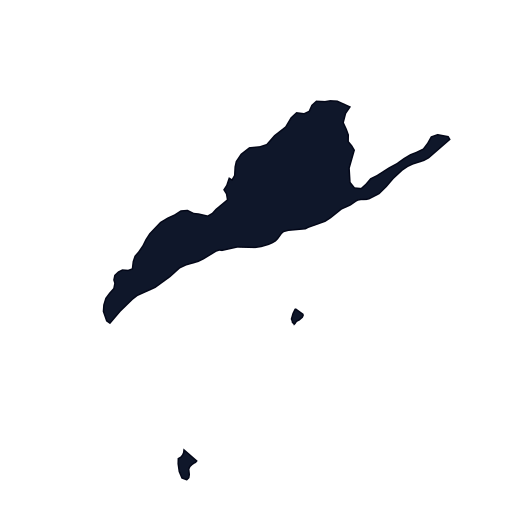 the County of Taitung, rotated 41°
{"feature_id": "TWN-1177", "entity_name": "Taitung", "entity_type": "County", "adm_level": 1, "iso_a3": "TWN", "parent_name": "Taiwan", "parent_adm1": "", "projection": "equal_earth", "projection_center": [121.163, 22.723], "detail": "fine", "context": "isolated", "style": "filled", "palette": "ink", "viewbox_px": 512, "rotation_deg": 41, "n_neighbors": 0, "source": "natural_earth", "source_scale": "10m", "svg_char_len": 2033}
<svg xmlns="http://www.w3.org/2000/svg" viewBox="0 0 512 512"><g transform="rotate(41 256 256)"><path d="M325.7,40.9L321.8,68.7L319.9,73.8L313.9,83.7L311.6,88.9L309.9,95.3L308.6,107.4L308.7,118.1L307.9,128.2L303.7,138.7L302.0,141.0L297.9,144.7L296.1,147.0L295.2,149.4L293.7,155.5L289.6,164.4L287.1,178.2L285.3,184.5L276.5,200.1L275.4,203.0L263.5,215.4L260.7,219.5L260.3,222.3L260.9,228.9L260.7,231.9L259.6,235.2L257.8,239.0L253.7,245.4L249.7,250.1L235.9,261.5L226.6,274.1L224.4,275.5L222.6,278.5L218.1,292.7L215.8,298.1L208.9,308.7L206.1,315.1L204.5,328.1L200.4,345.9L192.2,363.7L191.0,369.8L189.6,386.9L189.8,402.5L185.9,402.9L177.2,397.9L173.3,392.7L170.5,386.4L170.0,379.9L170.1,373.8L167.4,369.1L164.5,367.3L162.2,363.2L162.7,358.3L164.4,354.2L169.0,350.8L171.2,346.8L167.1,340.8L164.9,335.5L164.9,329.8L164.0,322.3L162.3,315.8L161.3,308.9L162.0,293.3L164.6,285.3L167.8,278.3L169.8,271.3L174.4,266.6L181.0,264.9L185.1,262.0L193.4,257.6L195.2,252.4L195.3,246.9L197.7,232.3L193.0,228.4L188.4,227.0L187.7,221.9L184.8,214.9L188.1,214.4L187.1,209.2L181.8,202.4L179.2,197.6L178.1,188.9L180.1,178.7L187.4,171.0L191.1,164.8L191.1,153.0L193.8,139.1L191.9,128.6L192.7,121.3L199.0,117.1L201.3,111.9L199.4,105.6L200.1,99.6L206.8,94.3L210.2,90.2L215.7,85.9L229.1,81.9L230.0,89.6L234.3,98.2L241.0,101.2L246.2,104.1L250.5,109.2L255.9,110.1L260.7,111.7L268.6,128.6L278.6,138.8L285.7,140.1L291.2,136.1L292.0,129.6L291.9,122.5L294.6,116.1L298.7,102.2L301.8,94.0L303.9,85.2L306.2,78.2L309.1,72.7L312.2,65.5L311.7,58.3L310.2,51.1L313.5,45.3L322.7,39.9L325.7,40.9ZM345.0,461.0L349.0,464.7L350.7,467.4L350.5,470.3L345.8,472.1L339.5,469.0L333.6,463.9L330.3,459.9L331.3,457.1L331.2,454.3L330.4,451.8L328.9,449.6L345.7,449.6L345.7,451.5L345.2,452.6L344.5,455.2L344.2,458.3L345.0,461.0ZM321.7,275.1L320.5,270.6L320.9,270.0L329.6,269.2L330.5,269.9L331.1,271.9L330.5,276.1L329.7,277.8L329.4,279.6L329.7,281.3L329.6,282.5L329.0,282.2L327.5,282.2L326.7,282.0L326.3,281.4L324.1,280.3L321.7,275.1Z" fill="#0f172a" stroke="#020617" stroke-width="1.5"/></g></svg>